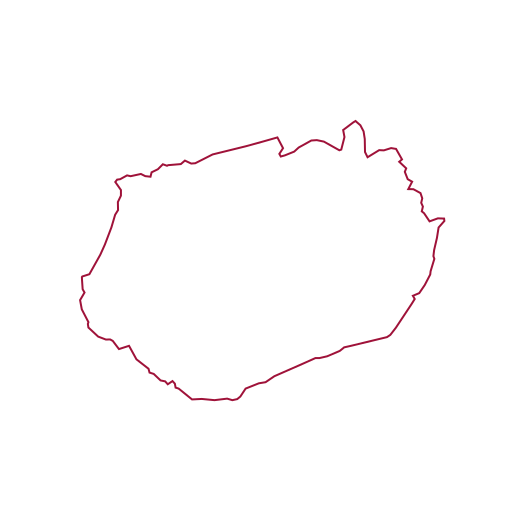 the district of Corozal, Puerto Rico, rotated 59°
{"feature_id": "32010507B24763897648420", "entity_name": "Corozal", "entity_type": "district", "adm_level": 2, "iso_a3": "PRI", "parent_name": "Puerto Rico", "parent_adm1": "", "projection": "orthographic", "projection_center": [-66.332, 18.304], "detail": "fine", "context": "isolated", "style": "outline", "palette": "rose", "viewbox_px": 512, "rotation_deg": 59, "n_neighbors": 0, "source": "geoboundaries", "source_scale": "gbopen_adm2", "svg_char_len": 1769}
<svg xmlns="http://www.w3.org/2000/svg" viewBox="0 0 512 512"><g transform="rotate(59 256 256)"><path d="M286.8,82.6L279.8,86.7L277.1,91.0L272.7,83.9L268.3,86.4L260.5,85.1L258.2,82.1L249.0,84.7L248.4,81.1L236.3,80.8L235.4,81.9L233.1,84.6L231.3,92.0L228.7,95.9L228.8,109.5L223.0,109.0L211.7,102.5L204.6,99.6L197.7,99.2L191.5,101.2L191.6,104.1L192.9,116.4L199.6,118.9L208.7,128.1L208.3,130.1L192.9,138.9L188.0,144.2L185.5,149.1L185.0,163.5L186.2,169.5L184.6,179.5L183.5,183.5L180.5,183.4L177.5,177.3L165.4,176.6L164.5,179.9L161.2,192.1L156.7,208.2L146.6,240.9L145.2,260.3L143.4,263.9L137.6,267.8L138.5,273.1L132.9,284.5L132.8,285.8L129.4,288.6L131.1,295.4L130.5,302.4L133.7,305.6L130.5,309.8L126.4,312.4L123.0,322.4L120.5,325.0L120.2,332.9L119.0,335.7L120.1,338.5L129.9,337.8L134.7,340.7L138.6,346.6L145.6,350.6L148.1,355.5L157.0,365.2L168.4,379.7L174.7,388.8L185.8,408.2L184.1,415.4L184.4,416.1L186.6,417.3L195.2,421.7L199.0,421.8L203.2,429.5L212.0,432.8L226.4,433.7L227.6,435.1L231.0,436.5L243.8,432.8L250.3,427.7L252.4,424.0L255.0,422.5L265.2,421.4L267.6,411.1L283.0,411.7L297.3,406.2L301.1,407.3L304.4,404.4L313.5,401.9L316.7,398.4L320.5,397.7L320.2,392.0L323.6,391.3L327.4,392.7L329.8,390.6L346.0,384.7L350.6,376.1L358.2,365.8L363.4,354.2L367.4,350.5L369.0,345.8L368.4,341.8L364.3,333.2L366.6,319.1L369.1,312.8L368.5,302.2L372.5,270.9L374.1,257.6L376.2,254.1L378.6,246.7L380.5,233.1L380.0,229.3L379.7,227.5L381.8,221.2L393.0,185.5L392.8,181.5L389.5,173.0L377.3,147.4L374.6,142.1L370.9,142.0L371.9,135.2L367.8,126.3L361.6,116.2L359.0,114.2L350.3,104.6L347.5,104.0L342.7,100.3L333.7,91.6L325.6,84.8L323.0,76.5L320.8,75.5L317.4,80.7L315.7,89.4L305.9,89.9L303.1,90.9L299.6,87.5L295.5,87.0L292.2,83.8L286.8,82.6Z" fill="none" stroke="#9f1239" stroke-width="2"/></g></svg>